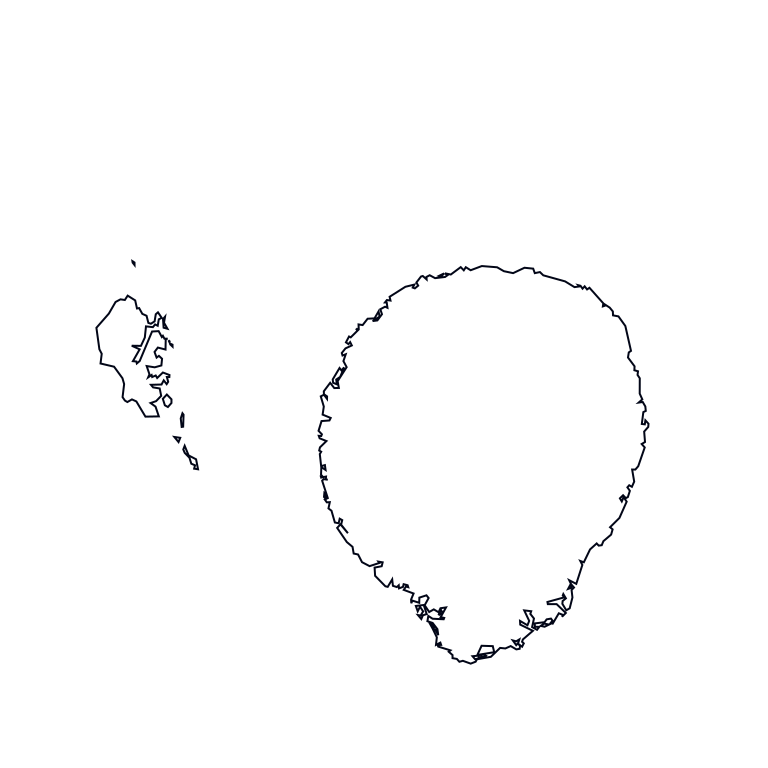 outline of Gizo-Kolombangara, Western, Solomon Islands, rotated 33°
{"feature_id": "97153195B6288223256746", "entity_name": "Gizo-Kolombangara", "entity_type": "district", "adm_level": 2, "iso_a3": "SLB", "parent_name": "Solomon Islands", "parent_adm1": "Western", "projection": "mercator", "projection_center": [157.005, -7.99], "detail": "fine", "context": "isolated", "style": "outline", "palette": "ink", "viewbox_px": 768, "rotation_deg": 33, "n_neighbors": 0, "source": "geoboundaries", "source_scale": "gbopen_adm2", "svg_char_len": 6183}
<svg xmlns="http://www.w3.org/2000/svg" viewBox="0 0 768 768"><g transform="rotate(33 384 384)"><path d="M661.9,471.0L658.3,460.4L653.5,454.6L654.2,451.2L650.3,450.1L652.1,452.8L650.0,455.6L649.5,449.7L646.2,447.7L654.1,446.9L648.9,427.7L645.0,425.5L648.7,424.7L646.9,410.5L649.2,401.9L652.1,402.6L654.4,400.6L653.6,396.3L656.5,386.6L654.9,381.4L651.6,381.0L654.4,368.1L651.6,350.5L646.6,348.4L647.4,353.0L644.1,351.4L645.1,347.1L649.0,348.0L650.1,346.0L648.4,339.7L644.4,338.1L644.8,335.4L647.9,335.2L647.0,329.6L638.7,320.6L641.4,318.8L642.0,314.5L637.2,295.2L632.8,294.0L634.5,290.5L628.1,282.2L629.0,276.1L627.5,273.3L623.0,272.1L624.7,275.8L622.0,277.1L616.8,266.3L618.2,264.0L615.4,260.5L610.8,258.2L607.7,260.9L609.0,256.2L603.7,252.8L595.4,239.9L591.7,238.3L590.1,235.0L586.5,236.1L584.5,232.7L574.2,228.9L572.1,224.2L573.1,221.7L554.8,203.9L543.8,199.6L538.7,201.7L536.4,198.5L531.7,197.0L524.6,197.0L526.4,198.3L525.3,199.7L524.0,196.9L503.9,191.4L502.8,194.1L499.1,192.8L498.6,195.9L495.3,194.6L493.2,195.3L494.8,195.7L491.0,199.0L480.0,199.3L458.4,206.1L453.8,205.2L450.1,208.9L446.3,206.0L438.5,210.0L431.9,220.7L423.1,224.1L415.3,224.5L401.8,231.8L394.7,241.4L389.0,241.5L389.0,245.2L384.7,244.2L380.4,255.8L374.8,258.0L378.0,258.2L376.9,261.0L369.2,267.4L363.1,267.9L361.3,271.1L362.8,273.1L357.7,272.3L356.5,273.7L355.9,281.2L359.1,282.9L357.8,287.0L355.6,287.5L355.3,284.1L349.0,290.8L341.2,307.8L344.0,310.5L340.7,312.0L340.4,315.1L341.9,314.2L345.4,318.2L342.8,318.6L340.2,323.3L344.3,326.6L343.8,334.3L340.2,337.4L343.6,329.9L339.9,326.1L340.3,334.1L334.7,338.2L334.0,346.2L330.2,347.9L333.1,352.0L330.7,363.0L328.8,363.2L329.4,369.8L332.5,369.9L332.8,367.3L336.0,369.2L332.3,375.1L331.7,381.0L333.7,382.7L335.7,379.9L337.5,386.9L343.5,390.2L343.6,406.9L348.3,411.9L344.5,414.5L338.2,412.3L337.5,422.9L339.2,425.3L343.0,425.4L344.3,427.5L339.5,425.7L337.7,428.8L345.8,435.7L349.2,443.1L357.8,441.5L358.1,444.3L351.8,449.1L354.6,458.9L359.3,460.0L359.7,461.8L357.5,463.0L359.6,464.6L366.8,463.2L364.8,472.0L365.9,475.1L368.2,475.0L368.3,477.7L376.0,487.1L378.6,484.2L381.8,487.9L376.7,487.8L380.6,494.4L383.7,495.2L385.8,493.2L387.1,495.7L389.0,494.9L385.1,496.7L384.8,498.8L399.0,510.3L397.2,513.1L400.5,514.4L402.9,512.6L405.2,518.6L409.0,518.9L418.2,526.9L421.8,525.5L420.2,521.1L423.1,520.9L424.6,525.3L435.0,528.8L423.9,525.4L423.1,530.2L438.9,536.8L446.3,537.7L450.9,542.7L455.1,541.1L462.6,545.4L471.1,544.6L477.6,536.6L476.1,536.0L480.0,534.3L481.3,538.1L476.1,543.1L481.0,549.7L495.3,552.9L497.6,552.1L497.3,543.4L501.4,548.4L505.4,547.3L506.0,544.8L507.9,547.2L510.4,543.8L509.5,541.2L513.4,539.9L515.0,541.2L512.7,541.9L512.7,545.9L522.9,543.6L524.1,550.0L526.3,553.0L525.8,550.2L532.7,548.3L530.0,543.9L534.7,538.1L538.0,539.2L538.6,547.4L546.1,550.6L548.5,545.9L554.1,545.7L553.5,541.3L557.7,537.6L558.5,548.7L561.9,547.4L562.2,548.8L552.6,554.4L547.5,554.4L549.6,559.3L554.9,557.9L562.3,560.5L566.3,565.1L560.6,561.9L558.9,563.2L566.3,567.7L569.7,574.5L572.1,570.2L574.0,571.7L571.2,573.7L572.5,574.7L584.8,571.2L584.1,573.3L589.1,574.0L590.8,576.6L594.8,574.9L598.5,575.9L600.9,573.2L609.0,571.3L612.1,567.0L611.8,563.7L610.2,565.2L606.5,564.1L610.0,561.3L608.4,550.4L618.0,544.6L622.5,548.9L613.6,557.0L617.5,556.4L617.0,558.1L613.9,560.1L613.7,558.3L611.3,559.1L612.8,563.4L622.2,554.6L625.1,542.1L629.8,539.7L633.0,534.8L639.5,534.5L642.0,532.2L640.6,529.3L637.4,529.0L637.1,531.0L631.7,528.9L635.0,527.8L636.6,524.5L637.8,528.8L642.9,529.1L642.5,525.4L640.2,525.0L639.6,522.6L643.3,509.9L629.3,511.6L627.1,508.6L635.7,508.2L634.8,503.6L624.9,497.5L631.2,494.4L631.9,497.1L637.5,499.0L640.6,507.2L646.2,506.8L646.5,503.1L642.8,505.4L640.8,502.7L648.4,496.3L648.6,492.8L651.8,489.8L654.2,490.7L653.9,493.6L656.0,493.1L655.5,481.1L659.7,480.2L660.1,482.2L661.2,477.0L648.7,474.6L641.3,479.4L639.8,477.8L651.5,464.6L649.1,464.0L648.8,462.5L653.3,464.7L652.0,468.7L653.3,471.2L660.1,474.5L661.9,471.0ZM212.8,533.8L204.7,527.4L198.6,527.1L202.2,522.5L203.6,515.3L198.3,509.9L192.2,512.6L189.0,511.6L197.7,505.6L197.3,500.9L201.8,502.5L201.8,499.7L198.1,496.4L200.2,495.1L199.2,493.3L192.3,494.8L190.5,502.5L187.9,501.2L185.8,504.4L184.2,503.0L182.6,506.9L182.0,503.6L175.2,498.2L182.6,494.9L187.2,489.7L184.1,483.7L179.9,483.0L178.9,485.7L174.1,482.1L174.5,476.6L182.0,474.1L176.6,465.4L177.8,463.8L175.2,465.6L172.3,464.0L172.1,465.6L166.2,462.4L160.9,466.3L166.6,497.8L165.5,501.4L164.1,500.0L161.0,501.6L160.2,488.0L151.6,489.3L159.4,484.4L158.1,475.3L153.0,465.3L159.2,462.2L159.6,458.7L162.5,458.4L159.9,452.4L161.6,449.6L155.4,447.0L154.6,449.8L157.5,456.4L155.7,460.4L153.1,461.1L147.7,456.1L143.1,456.8L137.3,453.7L135.7,455.2L129.8,449.4L120.9,449.5L120.9,454.7L116.9,456.5L114.2,461.4L114.9,474.8L112.2,493.5L126.4,509.9L130.8,512.4L135.1,521.2L148.2,516.5L161.5,521.6L166.1,525.6L171.9,537.4L175.7,539.0L178.6,538.9L181.0,534.2L185.8,533.5L201.7,541.3L212.8,533.8ZM274.5,556.8L267.4,549.5L259.0,550.3L250.5,544.4L251.3,548.2L254.4,550.3L261.0,551.8L265.8,555.8L269.8,555.1L270.9,558.4L274.5,556.8ZM344.7,409.9L341.5,406.3L343.4,401.9L341.5,391.8L340.9,395.8L338.0,394.8L338.5,408.1L340.7,410.7L344.7,409.9ZM216.1,515.7L214.1,512.6L207.6,511.1L206.6,516.9L211.8,521.2L215.3,521.0L216.1,515.7ZM545.1,553.7L537.7,547.7L531.6,552.8L536.1,556.3L535.5,551.2L540.7,553.4L540.8,558.2L538.3,559.3L543.3,560.8L542.6,556.8L545.1,553.7ZM238.8,529.2L232.6,518.9L230.9,518.3L232.3,523.6L237.7,530.2L238.8,529.2ZM243.3,544.6L242.4,540.1L237.0,542.6L243.3,544.6ZM172.3,455.6L166.1,452.4L163.7,446.8L163.3,449.9L168.5,456.8L172.3,455.6ZM653.5,495.8L648.7,497.8L647.2,501.5L650.9,500.1L653.5,495.8ZM397.4,511.6L395.6,508.3L393.3,507.8L395.2,511.4L397.4,511.6ZM558.6,560.9L556.3,559.9L551.7,559.3L558.1,562.7L558.6,560.9ZM557.8,544.0L555.1,542.6L555.4,547.3L556.1,547.4L557.8,544.0ZM373.4,262.6L374.2,258.5L371.3,263.3L373.4,262.6ZM110.0,420.1L108.6,418.0L106.1,418.0L107.1,419.1L110.0,420.1ZM186.3,467.8L185.2,466.2L182.7,466.6L183.1,467.2L186.3,467.8ZM382.3,496.7L383.3,495.3L381.6,496.1L382.3,496.7ZM330.9,354.0L331.5,352.8L331.6,351.7L330.9,354.0ZM181.4,465.9L181.0,465.0L179.5,464.7L181.4,465.9Z" fill="none" stroke="#020617" stroke-width="2"/></g></svg>